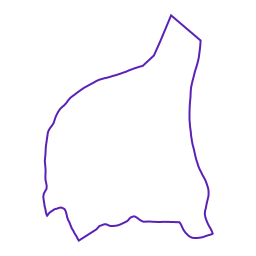 the district of Nisab, Shabwah, Yemen
{"feature_id": "15242507B68873122709220", "entity_name": "Nisab", "entity_type": "district", "adm_level": 2, "iso_a3": "YEM", "parent_name": "Yemen", "parent_adm1": "Shabwah", "projection": "natural_earth1", "projection_center": [46.477, 14.534], "detail": "fine", "context": "isolated", "style": "outline", "palette": "violet", "viewbox_px": 256, "rotation_deg": 0, "n_neighbors": 0, "source": "geoboundaries", "source_scale": "gbopen_adm2", "svg_char_len": 3438}
<svg xmlns="http://www.w3.org/2000/svg" viewBox="0 0 256 256"><path d="M78.8,240.6L96.5,229.3L99.4,226.0L99.8,225.9L101.3,225.4L102.4,225.0L103.6,224.5L104.9,224.2L106.0,224.3L107.1,224.6L108.1,225.1L109.2,225.6L110.4,226.0L111.7,226.0L112.9,226.0L114.2,225.9L115.4,225.8L116.7,225.6L117.8,225.3L118.8,225.0L120.0,224.6L121.3,224.0L122.6,223.4L123.8,222.8L124.9,222.3L126.1,221.7L127.3,221.0L128.3,220.1L129.0,219.2L129.8,218.2L130.8,217.4L131.9,217.0L133.1,216.5L134.4,216.4L135.5,216.8L136.6,217.5L137.8,218.3L138.8,219.1L139.8,219.9L140.9,220.5L141.9,221.1L143.1,221.6L144.2,221.7L145.7,221.7L147.0,221.6L148.1,221.5L149.2,221.5L150.6,221.6L151.8,221.7L153.1,221.8L154.5,221.8L156.2,221.9L157.4,222.0L158.8,222.0L160.4,222.0L161.7,221.9L163.1,221.9L164.3,221.9L165.5,221.9L166.6,221.9L167.8,221.9L169.3,221.9L170.8,222.0L172.2,222.0L173.4,222.0L174.7,222.1L175.8,222.1L177.1,222.2L178.2,222.2L179.3,222.2L180.1,223.1L180.9,224.3L181.5,225.6L182.0,226.9L182.7,228.2L183.3,229.6L184.1,230.7L184.8,231.8L185.5,232.7L186.4,233.6L187.3,234.5L188.2,235.4L189.1,236.2L190.0,236.7L191.1,237.3L192.2,237.7L193.4,237.9L194.8,238.0L196.1,238.0L197.4,238.0L198.6,237.8L199.7,237.7L200.9,237.5L202.0,237.3L203.1,237.0L204.1,236.7L205.4,236.2L206.6,235.8L207.7,235.4L208.8,235.1L209.9,234.8L211.2,234.4L212.5,233.9L212.7,233.6L211.9,231.4L210.6,228.6L209.0,226.0L207.7,223.4L206.5,220.5L205.4,217.4L204.8,214.3L205.0,211.2L205.8,208.2L206.4,205.0L207.0,202.1L207.8,198.9L208.5,195.9L208.6,192.5L208.4,189.4L207.6,186.5L206.6,183.5L205.6,180.7L204.2,178.0L203.2,176.2L202.6,175.2L201.2,172.3L199.8,169.6L198.5,166.6L197.6,163.7L196.6,160.7L195.7,157.5L195.0,154.4L194.3,151.2L193.6,148.2L192.7,145.0L192.1,142.0L191.6,138.8L191.1,135.6L190.8,132.2L190.4,129.1L190.0,126.0L189.8,123.0L189.5,119.7L189.5,116.4L189.5,113.1L189.6,109.7L189.7,106.6L189.9,103.4L190.2,100.1L190.5,96.8L190.6,93.6L190.8,90.4L191.1,87.4L191.8,84.0L192.5,81.1L193.3,78.1L194.1,74.9L194.8,72.0L195.7,69.1L196.6,66.3L197.4,63.4L198.2,60.3L198.8,57.4L198.9,56.9L199.2,54.3L199.6,51.3L200.0,48.2L200.3,45.0L200.5,42.0L200.6,40.5L188.6,30.3L171.1,15.4L160.0,41.9L153.9,55.5L142.7,65.9L139.5,66.7L136.8,67.6L134.3,68.4L131.6,69.4L128.9,70.4L126.1,71.7L123.3,72.6L120.6,73.6L117.9,74.5L115.3,75.3L112.7,76.0L109.9,76.9L107.1,77.7L104.5,78.2L101.7,79.0L99.1,79.8L96.4,81.0L93.8,82.5L91.4,83.8L89.0,85.1L86.6,86.4L84.2,87.7L81.7,89.4L79.2,91.2L76.8,92.9L74.7,94.6L72.4,96.2L70.3,97.9L68.2,100.3L66.3,103.0L64.3,105.2L61.9,107.2L59.9,109.2L58.2,111.8L56.8,114.4L55.6,117.0L54.6,120.0L53.7,122.9L52.2,125.3L50.4,127.6L48.8,130.1L47.8,132.9L47.4,136.0L46.9,139.1L46.5,142.2L46.0,145.4L45.7,148.5L45.6,151.6L45.4,154.9L45.1,157.9L44.8,161.0L45.1,164.2L45.4,167.3L45.6,170.4L45.5,173.5L45.4,176.7L45.5,179.8L46.1,182.8L46.7,185.9L46.5,188.9L45.0,191.4L43.7,194.0L43.3,197.0L43.7,200.2L44.2,203.1L44.6,206.2L45.4,209.2L45.9,212.4L46.8,215.2L47.1,215.7L48.0,214.6L48.7,213.6L49.5,212.7L50.5,212.0L51.4,211.3L52.4,210.7L53.5,209.9L54.5,209.3L55.6,208.9L56.7,208.8L57.8,208.3L59.1,207.9L60.2,207.6L61.4,207.6L62.5,208.0L63.5,208.5L64.5,209.1L65.2,210.1L65.7,211.4L66.1,212.7L66.5,214.1L66.8,215.4L67.0,216.7L67.5,218.0L67.8,219.2L68.3,220.4L69.1,221.6L69.7,223.1L70.2,224.3L70.6,225.5L71.1,226.7L71.3,227.2L71.6,227.9L72.2,229.0L72.9,230.2L73.6,231.3L74.1,232.4L74.8,233.7L75.5,234.8L76.2,235.9L76.9,237.1L77.4,238.2L78.1,239.5L78.8,240.6Z" fill="none" stroke="#5b21b6" stroke-width="2"/></svg>